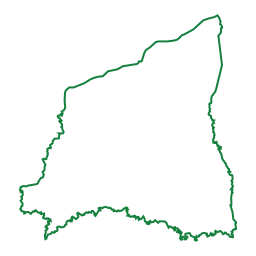 Phu Pha Man, Khon Kaen, Thailand
{"feature_id": "78962969B79810553491951", "entity_name": "Phu Pha Man", "entity_type": "district", "adm_level": 2, "iso_a3": "THA", "parent_name": "Thailand", "parent_adm1": "Khon Kaen", "projection": "albers", "projection_center": [101.845, 16.731], "detail": "fine", "context": "isolated", "style": "outline", "palette": "green", "viewbox_px": 256, "rotation_deg": 0, "n_neighbors": 0, "source": "geoboundaries", "source_scale": "gbopen_adm2", "svg_char_len": 5873}
<svg xmlns="http://www.w3.org/2000/svg" viewBox="0 0 256 256"><path d="M217.5,15.4L214.0,17.2L209.5,18.2L203.2,20.4L193.5,29.3L184.7,34.2L181.7,35.4L179.5,37.8L177.1,39.7L173.6,40.6L167.6,41.4L158.4,41.4L155.7,42.1L149.8,47.5L145.9,50.1L144.3,53.0L141.8,61.1L141.0,61.6L139.1,61.3L138.2,63.1L136.9,64.0L123.0,66.2L117.4,69.3L108.0,71.3L102.9,76.2L97.6,76.8L94.2,77.8L90.3,79.4L84.5,83.1L73.5,87.5L69.3,87.4L65.7,90.6L65.0,93.1L64.6,100.2L65.2,107.9L63.7,110.4L61.7,111.5L62.6,113.4L62.2,114.6L61.4,114.0L60.9,114.1L61.5,115.6L58.3,115.5L57.7,116.1L58.0,117.3L60.0,118.6L61.6,120.8L61.2,121.2L59.5,120.8L59.3,121.2L61.9,124.2L62.2,125.8L61.3,126.9L62.2,127.7L62.4,129.7L63.5,131.5L63.5,132.6L62.9,133.4L58.8,133.4L59.8,134.3L59.0,135.8L58.9,138.4L54.6,138.7L52.8,140.8L52.6,143.3L50.2,145.0L50.4,146.7L50.9,147.3L50.7,148.2L49.3,147.9L47.4,148.9L47.6,150.4L47.1,151.3L47.8,152.8L47.5,153.4L47.9,154.6L46.8,156.7L46.5,158.8L45.5,159.3L43.8,158.6L42.6,159.4L45.5,165.0L44.7,166.2L44.4,170.4L42.5,172.0L43.8,174.5L43.0,177.3L40.8,178.1L39.0,180.7L37.9,183.1L36.7,184.1L28.1,185.6L26.0,186.5L23.8,186.0L22.3,186.3L21.2,187.3L20.6,187.2L20.6,188.8L19.9,189.9L20.3,190.5L21.6,190.9L20.7,191.6L20.8,192.2L21.7,192.3L22.4,191.7L22.7,192.1L22.7,195.2L21.2,196.8L21.9,197.5L22.0,199.2L20.6,200.8L22.6,203.5L22.4,205.8L21.4,206.1L21.1,207.8L20.4,208.6L20.5,209.6L21.1,209.8L21.6,211.1L24.1,211.7L24.2,213.5L25.1,213.3L25.7,212.2L28.4,212.0L30.9,213.8L32.9,211.5L33.6,211.3L34.2,211.6L34.7,210.7L35.7,210.2L36.2,210.5L36.1,211.1L38.5,212.6L39.8,212.8L41.0,212.2L41.2,213.0L40.8,213.8L41.6,214.2L44.0,213.5L44.1,215.8L43.1,217.2L43.4,218.2L45.9,218.9L46.7,218.3L47.2,218.8L48.4,218.4L49.3,219.4L50.3,219.3L50.6,220.8L49.7,220.2L49.9,220.9L49.5,221.3L48.0,221.2L47.7,221.8L49.0,223.2L48.4,223.6L48.9,224.4L46.2,225.8L46.2,226.2L46.8,226.1L45.5,227.0L45.9,227.6L47.1,227.6L47.6,228.4L46.9,229.7L45.6,230.5L45.8,232.2L44.8,235.7L45.4,239.1L46.5,238.5L46.5,237.9L45.9,237.1L47.1,236.6L47.8,234.7L51.0,233.7L51.8,232.2L54.2,232.7L54.9,232.2L54.8,231.3L56.9,231.1L57.6,229.8L57.0,227.5L57.9,226.7L59.4,226.5L60.6,227.2L63.4,227.1L64.8,226.1L65.0,225.1L66.4,224.5L66.3,223.0L67.0,221.3L69.4,220.4L70.3,220.8L70.5,221.5L71.8,221.3L72.0,220.5L71.4,219.7L72.3,219.5L72.4,218.8L71.5,217.6L72.3,216.6L75.1,218.2L75.7,219.1L76.4,219.0L78.4,216.9L77.2,213.5L77.7,212.9L78.6,212.9L79.0,214.0L81.1,214.6L81.6,215.4L83.8,215.0L83.7,214.1L85.0,213.7L85.9,212.5L86.8,212.4L87.9,213.0L88.8,212.0L91.1,212.7L91.6,211.2L92.8,210.9L93.9,212.3L94.6,215.2L95.4,215.9L95.9,215.3L95.2,213.6L97.0,213.7L98.4,210.9L100.5,210.3L100.0,209.4L98.6,208.6L98.7,208.1L100.2,207.6L102.4,208.2L103.7,207.2L105.8,206.9L108.7,208.0L110.1,207.7L110.5,208.3L111.3,208.5L111.8,209.6L113.6,209.7L113.5,210.9L113.8,211.2L115.5,210.8L116.9,211.5L118.3,210.3L119.4,211.1L121.2,210.8L123.6,209.1L124.0,208.4L125.6,208.5L125.9,207.5L126.8,207.6L127.4,208.1L127.2,209.1L127.9,209.5L126.4,210.8L127.5,211.7L127.1,212.5L127.7,214.0L128.9,214.9L127.7,215.7L129.4,216.1L130.3,216.8L132.7,216.3L134.0,217.0L134.4,216.5L133.5,216.2L134.4,215.7L135.6,216.3L136.0,218.3L136.8,217.2L138.2,216.9L139.1,218.1L138.4,218.9L138.7,219.8L139.5,219.1L141.0,219.2L143.4,216.4L144.5,218.7L144.9,221.3L146.6,222.0L146.6,223.5L148.5,224.2L149.2,223.9L149.2,222.7L148.5,222.5L148.8,221.7L150.3,221.0L150.5,221.5L149.9,222.6L153.4,222.0L155.1,220.2L158.2,222.8L159.1,221.5L160.1,221.3L165.0,221.5L166.4,222.9L168.6,227.7L170.0,226.4L171.0,226.7L172.3,227.9L174.7,227.3L174.4,228.3L173.7,228.7L174.5,230.5L175.0,230.4L175.3,228.5L177.3,228.3L178.3,229.0L178.8,230.4L178.5,230.8L177.3,230.8L177.0,232.0L178.2,232.2L179.7,233.1L179.8,230.7L181.6,232.4L181.7,233.0L181.1,233.6L180.4,235.5L181.0,236.8L179.9,238.2L181.2,239.8L182.1,239.4L181.4,238.2L182.5,236.7L183.2,236.6L184.3,237.4L184.6,239.4L185.9,239.3L187.3,237.6L187.3,236.8L185.9,236.5L185.5,235.9L185.2,234.4L185.9,233.7L189.0,233.1L190.0,233.5L190.9,235.8L194.8,237.5L194.7,239.9L196.1,240.6L196.9,240.2L195.9,237.7L196.4,236.1L197.6,236.8L199.1,236.3L199.3,235.0L200.4,234.9L202.2,233.3L204.3,232.9L206.9,233.6L207.1,234.1L206.5,234.7L207.4,236.5L209.6,235.5L210.9,233.2L211.6,233.9L212.6,233.8L212.5,234.3L211.6,234.4L211.5,234.9L211.9,235.4L213.1,235.6L215.7,233.7L215.1,231.5L215.4,230.9L217.9,232.2L220.0,231.0L220.8,231.1L223.1,234.2L223.8,234.0L224.9,232.6L225.7,232.6L226.8,234.1L228.5,234.5L229.8,236.7L232.9,237.2L232.9,235.2L231.7,234.7L231.4,234.2L232.6,232.5L232.4,231.8L231.8,231.6L232.9,230.7L232.9,230.0L234.6,229.2L235.2,229.5L236.1,228.7L235.4,224.7L235.4,223.4L235.9,223.3L235.9,222.0L233.3,219.2L232.6,212.5L230.5,205.5L231.1,205.6L231.4,204.8L231.2,196.9L231.8,193.7L232.5,192.6L231.9,192.4L232.4,189.3L231.0,189.3L233.0,186.3L231.9,184.5L232.4,182.1L231.4,180.9L232.7,179.1L232.2,175.2L230.1,174.9L229.3,173.8L229.3,173.0L228.2,172.1L228.3,171.7L229.1,172.1L230.1,171.8L228.9,170.9L229.2,170.2L229.0,169.1L227.9,168.4L227.5,167.1L226.7,166.5L225.7,163.4L224.7,162.8L224.6,162.0L222.5,159.2L221.1,153.4L220.1,152.4L219.9,151.2L219.3,150.5L219.4,149.8L218.3,149.1L218.4,148.4L219.9,147.8L220.8,148.4L220.9,147.1L219.5,147.1L219.6,146.6L218.8,146.0L217.6,146.1L217.3,145.0L217.5,144.5L216.3,143.3L216.5,142.1L214.9,142.7L214.8,142.0L214.2,141.8L213.8,142.2L214.0,142.8L213.3,142.7L213.1,139.4L214.2,137.6L214.1,135.6L214.6,135.0L213.9,132.4L213.2,132.2L213.5,130.2L212.9,128.7L213.9,127.7L212.8,126.8L212.1,125.0L213.2,123.2L214.0,122.9L213.4,122.1L213.3,121.1L213.9,120.5L212.5,120.4L212.5,119.8L211.0,117.8L211.0,116.0L208.7,114.7L208.7,113.3L210.0,111.2L209.5,110.4L210.1,109.1L209.4,107.4L209.6,105.1L209.2,104.2L209.9,103.2L211.0,103.2L211.4,102.1L211.2,98.9L211.8,96.3L215.0,92.0L215.9,90.0L222.0,65.1L218.4,35.7L220.8,32.9L221.2,28.7L221.0,28.4L221.8,28.2L222.2,26.8L221.2,25.1L220.1,24.3L220.6,21.7L219.1,17.7L217.5,15.4Z" fill="none" stroke="#15803d" stroke-width="2"/></svg>